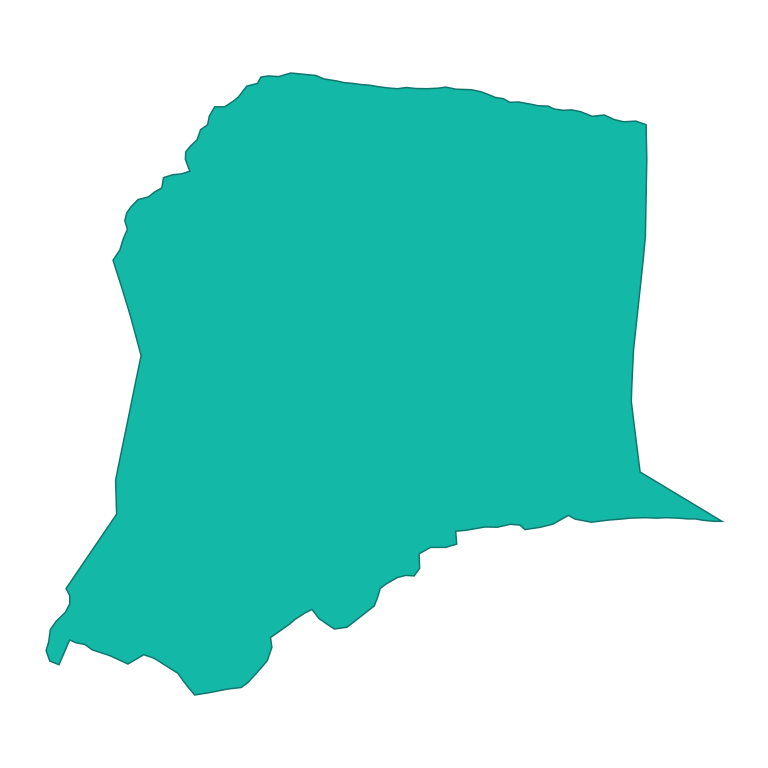 Cajazeiras, Paraíba, Brazil (orthographic projection)
{"feature_id": "56859067B23087761715459", "entity_name": "Cajazeiras", "entity_type": "district", "adm_level": 2, "iso_a3": "BRA", "parent_name": "Brazil", "parent_adm1": "Paraíba", "projection": "orthographic", "projection_center": [-38.549, -6.93], "detail": "fine", "context": "isolated", "style": "filled", "palette": "teal", "viewbox_px": 768, "rotation_deg": 0, "n_neighbors": 0, "source": "geoboundaries", "source_scale": "gbopen_adm2", "svg_char_len": 2078}
<svg xmlns="http://www.w3.org/2000/svg" viewBox="0 0 768 768"><path d="M59.0,664.7L69.7,639.9L76.0,642.8L84.8,644.4L92.3,649.9L109.7,655.6L127.9,664.0L136.7,658.9L143.7,654.7L154.0,658.2L178.0,673.4L182.9,680.4L188.4,687.5L194.7,695.0L209.1,692.7L227.3,689.1L241.2,687.5L248.3,682.2L259.0,670.3L267.2,660.8L271.9,647.3L270.5,637.5L280.4,630.6L288.9,624.6L295.3,619.2L304.9,613.0L312.0,609.4L318.9,618.5L328.1,624.9L334.4,629.0L347.1,627.2L374.3,605.9L378.1,595.9L380.2,588.5L386.1,584.0L397.2,577.6L405.7,575.4L414.2,575.9L419.6,568.3L419.1,553.8L430.5,547.4L445.6,547.4L456.7,544.1L455.7,531.2L465.9,530.3L484.8,527.0L497.5,527.2L510.3,524.3L520.0,525.1L524.9,529.6L540.3,527.3L553.0,524.1L568.4,515.4L575.1,519.1L591.4,522.2L609.1,520.0L620.7,519.1L630.6,518.1L645.0,517.7L656.8,518.1L666.5,517.7L677.8,518.1L687.5,518.9L695.3,518.9L703.1,520.3L713.7,521.3L721.9,521.3L640.1,472.0L633.5,419.4L631.3,401.4L631.8,386.2L633.5,350.1L643.2,260.0L645.4,236.2L646.1,197.0L646.8,159.4L646.1,124.7L635.9,121.1L623.6,121.8L614.4,119.6L604.3,115.0L592.2,116.3L580.4,111.6L571.8,109.9L563.0,110.3L554.2,109.0L548.1,106.1L538.5,105.8L530.8,104.2L518.6,102.0L509.8,102.3L503.5,98.7L495.4,97.5L487.6,94.2L480.5,91.6L471.2,89.7L456.0,89.2L445.7,87.1L437.9,88.2L426.9,88.7L415.4,88.5L406.6,87.5L397.3,88.7L387.6,87.9L379.1,86.8L370.3,85.3L360.7,84.5L351.9,83.3L344.1,82.6L337.5,81.1L330.7,80.0L323.8,78.9L316.0,75.5L302.7,74.2L290.8,73.0L278.5,76.6L268.3,75.9L260.9,77.1L257.5,83.4L246.8,86.1L238.3,97.1L233.1,101.3L224.6,106.8L214.7,106.8L209.3,116.1L207.6,124.8L200.6,129.6L197.0,139.9L190.2,146.3L185.7,151.9L185.4,159.4L189.8,171.2L181.3,173.9L172.9,174.7L163.5,177.6L161.8,187.9L154.7,191.9L148.4,196.9L138.0,199.6L131.1,206.7L126.7,212.9L124.8,220.7L127.4,229.3L122.9,239.8L119.9,249.9L113.0,260.2L121.5,286.8L130.3,315.5L141.1,355.6L134.8,385.9L130.3,408.3L121.1,453.0L115.6,480.1L116.6,514.1L110.4,523.3L76.0,573.9L66.1,588.5L69.7,595.5L69.8,603.7L65.4,612.3L56.2,621.2L50.3,629.7L48.7,641.8L46.1,650.6L49.8,661.1L59.0,664.7Z" fill="#14b8a6" stroke="#0f766e" stroke-width="1.5"/></svg>